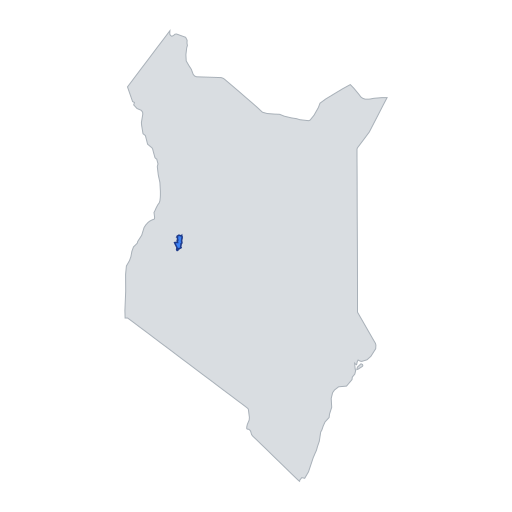 location of Keiyo North, Rift Valley, Kenya
{"feature_id": "3690345B12433983427802", "entity_name": "Keiyo North", "entity_type": "district", "adm_level": 2, "iso_a3": "KEN", "parent_name": "Kenya", "parent_adm1": "Rift Valley", "projection": "equal_earth", "projection_center": [35.542, 0.697], "detail": "fine", "context": "in_parent", "style": "filled", "palette": "blue", "viewbox_px": 512, "rotation_deg": 0, "n_neighbors": 0, "source": "geoboundaries", "source_scale": "gbopen_adm2", "svg_char_len": 5031}
<svg xmlns="http://www.w3.org/2000/svg" viewBox="0 0 512 512"><path d="M125.1,318.0L124.9,310.5L125.7,291.3L125.6,274.4L126.4,266.0L129.5,260.6L130.9,256.7L131.9,251.3L133.5,246.9L137.2,243.3L137.8,241.3L141.7,235.3L144.1,227.5L145.8,224.9L148.0,222.5L149.6,221.2L152.1,219.9L154.1,219.2L154.5,218.6L154.6,217.3L154.0,212.5L154.8,211.0L156.2,207.8L157.8,204.8L159.2,202.9L159.9,200.9L160.3,197.5L160.4,195.2L160.4,191.2L159.9,182.4L158.3,175.0L157.3,166.6L158.0,163.9L156.7,159.0L156.1,158.8L155.0,157.7L153.7,153.1L152.6,148.9L152.0,147.9L147.6,144.2L145.4,135.6L143.0,133.7L141.6,125.1L141.4,122.6L142.8,114.1L142.6,112.1L141.2,110.3L137.0,108.5L133.7,104.9L134.1,103.7L134.4,102.4L132.6,101.6L127.5,86.9L134.1,78.1L140.8,69.2L149.3,58.0L157.1,47.6L163.9,38.7L169.9,30.7L169.8,32.2L169.8,34.3L170.6,35.5L171.8,36.3L173.5,35.5L175.0,34.2L176.5,34.0L185.6,37.3L187.1,40.2L187.0,43.3L187.4,45.5L186.7,47.8L185.9,54.7L186.2,60.9L188.9,65.6L191.3,69.3L193.2,74.4L194.6,76.0L196.6,76.8L202.8,77.0L212.1,77.3L221.0,77.6L221.8,77.8L223.6,78.5L231.8,85.4L239.3,91.8L245.6,97.3L251.8,102.6L257.8,107.9L262.4,112.2L267.0,113.5L274.4,114.1L279.6,114.3L284.3,116.2L291.4,117.9L296.6,118.7L299.8,119.7L308.7,120.7L310.1,120.1L314.0,115.3L318.4,107.5L320.0,103.2L325.7,99.0L335.6,93.0L342.6,88.8L350.3,84.6L353.8,88.2L358.7,94.1L360.9,97.0L362.7,98.3L365.3,99.2L368.5,99.2L370.3,99.0L373.9,98.3L382.3,97.6L387.1,97.6L383.0,105.4L378.2,114.8L369.3,132.0L362.6,141.0L357.4,147.9L357.0,149.1L357.0,156.7L357.1,175.4L357.2,212.7L357.4,250.0L357.5,287.3L357.5,305.9L357.5,312.2L362.0,320.0L366.4,327.7L372.2,337.8L375.4,343.3L375.9,345.1L375.7,348.7L370.9,356.3L367.0,359.8L361.7,361.4L360.1,361.1L358.1,360.0L357.2,361.8L356.6,364.7L355.5,364.1L354.6,363.2L355.1,368.3L355.6,370.8L354.8,374.1L352.3,377.1L352.0,379.6L346.5,386.1L338.6,386.8L334.5,390.0L332.6,392.7L331.2,398.4L331.7,407.3L329.5,414.1L329.1,417.5L325.0,422.0L323.2,426.0L321.8,430.1L320.7,432.0L319.3,441.2L317.4,446.8L316.9,448.7L316.4,450.4L314.9,453.7L314.0,455.9L313.3,457.4L308.5,471.8L304.7,478.3L301.8,477.6L299.8,480.1L299.6,481.3L298.6,480.6L296.1,478.2L291.1,473.4L286.1,468.5L281.1,463.6L276.0,458.7L271.0,453.8L266.0,448.9L260.9,444.0L255.9,439.1L252.9,436.3L251.6,434.6L250.6,431.2L250.1,430.4L248.8,429.3L247.2,429.1L246.7,428.4L246.8,426.8L247.3,424.5L249.2,420.0L249.4,417.3L249.0,414.3L248.4,409.5L247.9,408.5L244.6,405.9L237.6,400.7L230.6,395.4L223.6,390.2L216.6,384.9L209.6,379.6L202.6,374.4L195.6,369.1L188.6,363.8L181.6,358.6L174.6,353.3L167.6,348.0L160.6,342.8L153.6,337.5L146.6,332.2L139.6,327.0L132.6,321.7L129.9,319.7L127.6,318.0L125.1,318.0ZM358.0,369.2L356.8,369.6L357.4,367.1L361.0,363.8L362.5,364.5L362.8,365.3L362.7,366.0L362.1,366.6L358.0,369.2Z" fill="#d9dde1" stroke="#a8b0b8" stroke-width="1"/><path d="M181.6,235.5L181.4,235.7L181.2,235.7L181.1,235.8L180.9,235.9L180.7,235.8L180.5,235.7L180.4,235.7L180.2,235.6L179.6,235.4L179.4,235.3L179.2,235.2L178.9,235.2L178.7,235.2L178.5,235.3L178.4,235.5L178.2,235.6L177.9,235.7L177.8,235.8L177.7,235.9L177.5,236.0L177.4,236.1L177.2,236.2L177.2,236.3L177.1,236.5L177.1,236.8L177.0,237.0L176.9,237.1L177.1,237.2L177.3,237.2L177.4,237.3L177.5,237.3L177.5,237.5L177.5,237.8L177.5,238.1L177.5,238.3L177.5,238.5L177.6,238.9L177.6,239.1L177.6,239.3L177.7,239.5L177.8,239.7L177.7,239.7L177.7,239.8L177.6,240.0L177.4,240.4L177.2,240.4L177.2,240.5L177.4,240.6L177.4,240.8L177.4,241.0L177.3,241.4L177.3,241.5L177.4,241.8L177.5,241.9L177.5,242.0L177.7,242.3L177.7,242.5L177.2,242.5L176.9,242.5L176.6,242.5L176.4,242.5L175.9,242.5L175.7,242.5L175.4,242.5L175.0,242.5L174.9,242.5L174.6,242.6L174.7,242.8L174.8,243.0L175.0,243.6L175.2,244.0L175.3,244.2L175.3,244.3L175.5,244.6L175.6,244.8L175.7,245.0L175.8,245.2L176.0,245.5L176.1,245.8L176.2,246.0L176.3,246.3L176.5,246.6L176.6,246.8L176.7,247.0L176.8,247.2L176.8,247.3L176.9,247.5L176.9,247.9L176.9,248.0L176.8,248.5L176.7,249.1L176.6,249.6L176.7,249.8L176.8,250.0L177.0,250.4L177.1,250.5L177.3,250.5L177.5,250.4L177.8,250.3L177.8,250.2L177.8,249.9L177.8,249.7L178.0,249.5L178.0,249.4L178.1,249.2L178.3,249.1L178.3,248.9L178.3,248.7L178.5,248.8L178.5,248.6L178.8,248.6L179.0,248.7L179.3,248.7L179.5,248.5L179.6,248.4L179.8,248.3L180.0,248.3L180.2,248.2L180.3,248.2L180.5,248.0L180.8,247.9L181.0,247.8L181.1,247.7L181.2,247.4L181.0,247.2L180.9,247.1L180.8,246.9L180.7,246.8L180.7,246.7L180.7,246.4L180.7,246.1L180.8,245.9L180.8,245.7L181.0,245.3L181.0,245.2L181.1,244.8L181.1,244.7L181.0,244.4L181.0,244.2L180.9,244.0L181.0,243.9L181.3,243.7L181.5,243.6L181.6,243.4L181.6,243.2L181.8,243.1L181.8,242.9L181.9,242.7L181.9,242.4L181.9,242.2L181.8,241.9L181.8,241.7L181.7,241.6L181.7,241.4L181.6,241.2L181.5,240.9L181.6,240.7L181.7,240.4L181.7,240.2L181.7,239.9L181.8,239.6L181.8,239.4L181.9,239.2L181.9,238.9L182.0,238.7L181.9,238.5L182.0,238.3L181.9,238.2L182.0,237.8L182.0,237.7L182.2,237.4L182.1,237.1L182.1,236.8L182.1,236.7L182.1,236.4L182.0,236.2L181.9,236.0L181.8,235.9L181.7,235.9L181.6,235.7L181.6,235.5Z" fill="#3b82f6" stroke="#1e3a8a" stroke-width="1.5"/></svg>